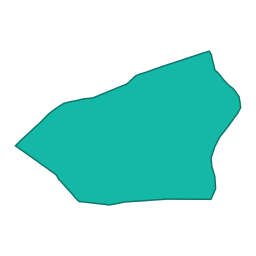 the district of Nuzha, Al Qahirah, Egypt
{"feature_id": "37247803B21469576264473", "entity_name": "Nuzha", "entity_type": "district", "adm_level": 2, "iso_a3": "EGY", "parent_name": "Egypt", "parent_adm1": "Al Qahirah", "projection": "robinson", "projection_center": [31.378, 30.115], "detail": "fine", "context": "isolated", "style": "filled", "palette": "teal", "viewbox_px": 256, "rotation_deg": 0, "n_neighbors": 0, "source": "geoboundaries", "source_scale": "gbopen_adm2", "svg_char_len": 4305}
<svg xmlns="http://www.w3.org/2000/svg" viewBox="0 0 256 256"><path d="M15.4,145.8L15.5,145.9L30.2,156.2L35.4,159.9L37.0,161.0L40.3,163.5L41.5,164.3L42.4,164.9L43.8,165.9L45.2,166.9L46.8,168.0L47.9,168.8L48.1,168.9L48.1,169.0L48.3,169.1L48.9,169.6L50.2,170.5L52.1,171.9L53.0,172.5L54.0,173.2L54.7,173.7L55.5,174.4L56.0,174.8L56.3,175.2L56.8,175.9L57.2,176.5L57.9,177.7L58.4,178.7L58.7,179.5L58.8,179.5L59.0,179.5L59.4,179.9L59.8,180.3L60.4,180.9L61.9,182.6L62.8,183.6L63.9,184.8L65.1,186.2L66.3,187.6L67.9,189.3L69.2,190.7L70.8,192.5L72.1,194.0L73.1,195.2L75.1,197.5L76.9,199.4L77.7,200.3L77.8,200.5L78.0,200.6L78.3,200.8L78.5,200.9L78.7,201.0L79.0,201.3L79.2,201.5L79.3,201.6L79.5,201.7L80.0,201.7L82.0,201.8L83.5,201.9L86.5,202.2L88.2,202.5L92.0,202.9L96.2,203.4L99.5,203.8L99.8,203.8L101.5,204.0L105.1,204.4L106.6,204.6L107.8,204.8L108.8,204.9L109.3,204.9L110.0,204.8L111.8,204.5L113.8,204.2L116.4,203.7L118.4,203.3L121.2,202.7L123.3,202.3L124.2,202.1L124.4,202.1L124.6,202.0L125.1,201.9L126.3,201.9L129.1,201.7L131.7,201.5L135.6,201.2L138.6,201.1L142.7,200.8L145.7,200.6L150.8,200.2L153.6,200.0L156.8,199.8L159.7,199.6L162.8,199.4L164.5,199.3L167.0,199.1L211.0,199.3L215.6,188.7L214.8,176.4L211.8,166.5L211.1,157.8L214.7,146.9L219.6,137.2L224.5,131.1L229.4,124.7L234.3,117.7L237.8,113.1L240.6,107.7L240.0,102.3L239.0,96.6L235.4,91.5L233.0,88.5L231.1,87.1L228.3,84.9L224.4,80.7L223.1,79.1L220.4,75.8L217.5,72.2L217.4,72.2L217.2,72.3L214.9,70.0L212.4,59.8L211.2,54.3L209.2,51.1L208.9,51.2L207.1,51.8L205.5,52.3L204.8,52.6L203.8,52.8L203.7,52.9L203.0,53.1L201.1,53.7L199.4,54.2L198.0,54.7L196.2,55.3L193.0,56.4L189.8,57.4L186.5,58.5L184.1,59.3L182.7,59.8L181.2,60.3L179.6,60.8L178.1,61.3L176.8,61.7L175.7,62.1L173.7,62.8L172.0,63.3L170.9,63.6L169.0,64.3L165.2,65.5L164.5,65.7L163.4,66.1L162.2,66.5L159.9,67.3L159.4,67.5L156.8,68.4L156.4,68.5L156.2,68.6L155.4,68.8L154.7,69.1L153.9,69.4L152.9,69.8L151.5,70.3L150.1,70.8L149.1,71.2L148.4,71.4L147.1,71.9L146.1,72.2L145.6,72.4L144.4,72.7L142.7,73.3L141.4,73.7L140.2,74.1L139.2,74.4L138.1,74.8L136.8,75.4L136.1,75.7L135.6,76.0L135.4,76.1L135.3,76.3L134.8,76.7L134.0,77.4L133.3,78.1L132.2,79.1L131.5,79.8L130.5,80.7L129.9,81.3L129.3,82.0L128.9,82.4L128.7,82.5L128.4,82.7L128.3,82.8L128.2,82.9L128.1,83.0L127.8,83.2L127.7,83.3L127.5,83.5L127.4,83.5L127.2,83.7L127.0,83.8L126.9,83.9L126.7,84.0L126.4,84.2L126.2,84.3L125.9,84.4L125.8,84.5L125.6,84.5L125.4,84.6L125.2,84.7L125.0,84.8L124.8,84.9L124.7,84.9L124.5,85.0L124.4,85.0L124.1,85.2L123.8,85.3L123.7,85.3L123.2,85.5L122.9,85.7L122.5,85.8L122.4,85.8L122.2,85.9L121.9,86.0L121.6,86.2L121.3,86.3L121.2,86.3L120.7,86.5L120.4,86.6L120.1,86.8L119.8,86.9L119.6,86.9L119.5,87.0L119.2,87.1L118.9,87.3L118.7,87.3L118.2,87.5L117.9,87.6L117.6,87.7L117.3,87.9L117.2,87.9L117.0,88.0L116.7,88.1L116.4,88.2L116.2,88.3L115.9,88.5L115.7,88.5L115.3,88.7L115.0,88.8L114.8,88.9L114.7,89.0L114.4,89.1L114.2,89.1L113.8,89.3L113.7,89.4L113.3,89.5L113.2,89.6L112.8,89.7L112.7,89.8L112.4,89.9L112.2,90.0L111.8,90.2L111.7,90.2L111.5,90.3L111.4,90.3L111.1,90.4L110.9,90.5L110.4,90.7L110.3,90.8L110.1,90.8L109.7,91.0L109.4,91.1L109.2,91.2L109.0,91.3L108.8,91.4L108.6,91.4L108.4,91.5L108.2,91.6L107.9,91.7L107.5,91.9L107.3,92.0L107.1,92.1L106.8,92.2L106.6,92.3L106.3,92.4L105.9,92.6L105.4,92.8L104.9,93.0L104.3,93.2L103.6,93.5L102.9,93.8L102.2,94.1L101.4,94.4L100.6,94.8L100.0,95.0L99.1,95.3L97.8,95.9L96.8,96.4L95.1,97.0L94.1,97.5L93.0,97.8L92.1,98.0L91.3,98.1L90.4,98.2L88.0,98.4L87.0,98.5L85.4,98.7L84.2,98.8L83.8,98.9L83.6,99.0L82.5,99.2L81.2,99.4L80.3,99.6L79.0,100.0L76.1,100.7L75.5,100.8L74.8,100.9L73.3,101.2L72.3,101.3L71.4,101.5L70.7,101.6L68.9,102.1L66.8,102.6L66.0,102.8L65.3,103.0L65.1,103.1L64.8,103.2L64.0,103.4L63.3,103.7L62.4,104.2L60.7,105.3L59.5,106.1L58.8,106.6L57.9,107.2L57.0,107.8L56.0,108.5L54.9,109.2L54.0,109.8L53.1,110.5L52.2,111.2L51.3,111.8L50.6,112.4L50.0,112.8L49.3,113.5L48.5,114.2L48.3,114.3L48.2,114.4L47.9,114.7L47.8,114.8L47.6,115.0L47.4,115.2L47.2,115.4L47.0,115.5L46.7,115.8L46.6,116.0L46.4,116.2L46.3,116.3L46.0,116.5L43.3,119.4L42.3,120.5L40.3,122.5L38.6,124.1L37.2,125.4L36.0,126.4L34.9,127.3L33.8,128.4L33.6,128.6L33.4,128.7L31.9,130.2L30.0,131.9L27.7,134.1L27.2,134.5L26.7,135.0L22.7,138.6L22.0,139.3L20.9,140.3L18.1,143.1L15.4,145.8Z" fill="#14b8a6" stroke="#0f766e" stroke-width="1.5"/></svg>